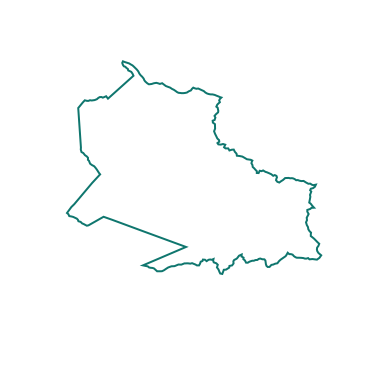 the district of Irauçuba, Ceará, Brazil, rotated 307°
{"feature_id": "56859067B61875924622713", "entity_name": "Irauçuba", "entity_type": "district", "adm_level": 2, "iso_a3": "BRA", "parent_name": "Brazil", "parent_adm1": "Ceará", "projection": "orthographic", "projection_center": [-39.789, -3.889], "detail": "fine", "context": "isolated", "style": "outline", "palette": "teal", "viewbox_px": 384, "rotation_deg": 307, "n_neighbors": 0, "source": "geoboundaries", "source_scale": "gbopen_adm2", "svg_char_len": 4396}
<svg xmlns="http://www.w3.org/2000/svg" viewBox="0 0 384 384"><g transform="rotate(307 192 192)"><path d="M272.4,286.5L270.4,284.7L269.9,283.1L269.9,281.5L268.6,279.9L268.2,277.2L268.0,274.5L266.5,272.7L265.7,271.0L265.2,269.3L264.1,268.1L264.1,266.3L263.8,264.8L263.2,263.5L262.0,262.1L261.4,260.7L260.4,259.5L259.2,258.0L256.5,257.5L254.1,256.6L252.1,256.0L251.5,254.0L252.0,252.0L253.4,251.4L254.9,251.0L255.7,249.7L255.3,247.9L253.8,247.1L253.9,244.6L253.3,241.9L252.8,239.9L252.3,238.6L252.0,235.8L250.6,235.1L249.7,233.3L247.2,233.8L246.2,232.3L247.6,231.3L248.0,229.0L248.4,227.1L248.5,225.5L250.0,223.9L250.7,222.2L252.0,221.6L253.4,221.3L253.1,219.6L251.2,216.1L250.9,213.2L250.6,210.9L249.4,208.4L248.0,206.0L249.4,204.5L249.9,202.0L251.0,199.8L249.8,198.4L247.7,196.9L248.6,194.7L247.0,192.5L247.0,190.7L249.8,190.1L249.0,187.9L247.2,186.5L245.9,184.4L246.4,182.9L248.6,183.5L249.7,182.4L250.0,180.0L251.4,177.3L252.4,175.3L253.8,173.1L256.5,172.3L260.0,169.5L260.0,166.9L261.4,165.6L263.1,166.7L265.5,165.9L266.3,164.2L268.4,164.3L271.3,164.9L272.6,164.2L274.8,161.7L274.8,160.1L277.0,159.6L279.0,159.9L280.5,160.2L281.5,158.6L282.9,158.3L285.1,158.6L284.6,157.2L284.3,155.8L283.7,153.7L283.2,151.7L282.3,149.7L281.1,148.0L280.3,146.4L279.7,144.6L279.5,142.7L279.7,140.7L279.2,138.5L278.8,136.6L278.4,134.7L277.1,133.4L276.5,131.9L276.1,130.2L274.2,129.9L272.5,130.0L270.4,128.8L268.4,128.1L267.2,127.1L265.9,125.8L264.8,124.4L263.9,122.8L263.1,121.5L262.8,120.0L262.8,118.1L262.7,115.9L262.3,114.0L262.2,111.7L261.4,109.1L260.9,107.3L260.9,105.5L260.9,102.7L259.0,101.3L258.4,99.5L257.7,97.8L255.9,96.1L253.9,94.7L252.1,92.8L251.9,91.0L252.1,88.3L252.5,86.8L253.5,85.1L254.1,82.7L254.3,80.8L254.9,78.7L256.0,76.5L256.6,74.2L256.8,72.6L257.1,70.4L257.3,68.3L257.0,66.1L256.9,64.6L256.4,63.1L255.8,61.4L255.3,60.0L254.8,58.2L253.1,58.6L251.9,60.4L251.4,61.9L251.9,63.5L251.6,65.0L251.7,66.6L250.7,67.9L251.1,69.6L251.4,71.2L250.7,73.3L249.6,75.3L216.0,68.7L216.8,65.8L215.2,64.9L213.7,64.0L213.4,62.6L212.4,61.3L210.9,60.6L208.9,60.2L206.8,58.9L204.7,56.8L203.9,55.3L202.5,54.5L201.6,53.3L200.7,51.2L197.7,50.9L190.6,50.6L160.7,76.5L158.9,77.7L157.4,79.7L157.7,81.8L157.0,84.3L157.1,86.6L156.7,88.4L155.1,89.5L154.9,91.0L154.0,92.4L153.3,93.6L153.3,95.8L153.7,98.4L153.2,100.6L152.6,102.6L151.9,104.5L151.3,106.1L150.8,108.0L139.0,106.8L124.2,106.0L111.4,105.3L107.4,104.7L100.0,104.8L99.9,106.6L98.9,108.5L99.8,110.2L100.6,112.1L101.0,114.1L101.4,116.0L101.2,117.5L100.3,118.9L101.1,121.0L100.8,123.2L101.2,124.6L101.5,126.6L101.8,128.3L103.1,129.4L119.0,136.3L121.7,144.8L131.5,177.4L144.5,220.3L103.9,197.0L104.9,199.2L106.0,201.4L105.9,203.1L106.6,204.6L107.6,206.2L108.1,207.7L107.9,209.7L107.7,211.9L109.6,214.4L110.7,215.7L112.6,216.7L115.0,217.5L117.4,218.4L119.1,219.5L120.3,220.3L122.3,222.7L125.9,224.8L127.6,227.2L130.4,228.9L132.6,231.7L133.8,233.8L135.2,234.9L136.2,238.6L136.3,240.0L137.6,241.8L139.4,241.6L141.6,240.9L143.1,241.9L144.6,241.4L145.7,243.1L145.6,245.3L147.8,246.0L149.0,247.1L149.7,248.5L151.4,249.5L149.9,250.2L148.9,251.7L149.7,254.3L149.4,256.4L146.8,257.3L146.1,259.7L144.6,262.2L143.9,263.6L144.8,265.5L146.9,264.9L149.0,264.2L150.5,265.9L154.0,267.2L155.5,266.4L157.5,268.2L159.9,268.2L161.6,266.7L163.2,266.6L164.7,267.4L166.1,267.9L169.4,267.9L172.0,269.3L170.3,270.4L170.6,272.7L169.3,273.4L169.2,275.4L168.1,277.7L169.1,279.1L170.9,279.8L172.1,280.6L173.4,281.5L174.4,282.8L175.8,283.6L177.1,285.1L178.6,285.5L179.9,286.5L180.6,288.6L181.8,290.4L181.4,291.9L178.8,294.5L177.8,296.0L177.7,297.6L178.8,299.0L181.6,299.3L183.0,300.6L184.7,301.5L186.5,303.1L189.1,303.1L191.3,303.5L197.1,305.4L198.9,305.3L201.1,305.0L200.9,307.0L201.9,308.4L202.5,310.0L202.1,312.0L202.2,313.9L202.6,315.3L203.6,316.6L205.0,318.6L206.2,320.6L206.8,322.3L207.7,323.5L209.1,324.5L208.9,326.3L211.0,328.6L212.1,330.6L213.2,332.5L216.1,333.4L219.2,333.3L219.4,329.7L220.2,327.6L221.3,326.3L222.9,325.4L224.9,325.4L227.2,324.8L227.5,322.0L227.8,320.2L228.2,317.5L228.3,315.3L228.3,313.4L229.6,312.4L231.2,311.5L231.4,309.6L232.2,307.4L233.8,305.7L234.7,303.6L236.4,301.3L238.7,300.8L240.5,299.1L244.6,298.4L245.7,295.9L247.1,294.9L249.6,296.6L251.3,297.0L252.9,298.9L253.3,296.7L254.1,293.8L254.1,292.0L257.2,290.5L259.4,289.4L260.7,288.0L264.1,287.0L264.5,285.3L266.1,284.9L268.0,286.4L270.2,287.0L272.4,286.5Z" fill="none" stroke="#0f766e" stroke-width="2"/></g></svg>